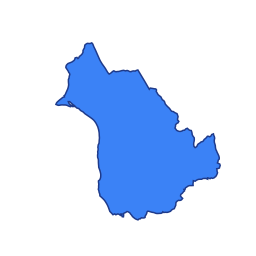 outline of São Francisco de Itabapoana, Rio de Janeiro, Brazil, rotated 143°
{"feature_id": "56859067B40188344315661", "entity_name": "São Francisco de Itabapoana", "entity_type": "district", "adm_level": 2, "iso_a3": "BRA", "parent_name": "Brazil", "parent_adm1": "Rio de Janeiro", "projection": "mercator", "projection_center": [-41.135, -21.454], "detail": "fine", "context": "isolated", "style": "filled", "palette": "blue", "viewbox_px": 256, "rotation_deg": 143, "n_neighbors": 0, "source": "geoboundaries", "source_scale": "gbopen_adm2", "svg_char_len": 4559}
<svg xmlns="http://www.w3.org/2000/svg" viewBox="0 0 256 256"><g transform="rotate(143 128 128)"><path d="M76.4,43.9L76.9,44.9L77.6,46.3L76.3,47.1L75.3,48.0L73.8,48.3L72.8,49.7L72.2,51.3L71.8,53.1L71.5,54.8L71.1,56.2L70.7,58.2L69.9,59.8L68.8,61.5L68.2,63.1L67.6,64.7L66.4,66.4L64.9,67.7L64.2,69.2L63.9,70.7L63.3,71.9L65.1,72.4L66.7,71.7L68.0,71.8L68.7,72.9L69.6,73.6L71.0,73.2L72.3,73.0L74.1,73.0L75.4,72.4L76.5,72.3L78.1,72.9L79.9,72.8L81.4,73.0L82.6,72.7L84.2,71.8L86.2,71.9L86.4,73.6L85.3,75.6L84.1,76.9L83.2,77.6L82.3,78.5L81.6,79.4L81.0,80.4L81.0,82.5L80.7,84.1L80.1,85.1L79.5,86.3L79.0,87.9L80.2,89.2L80.6,90.9L80.8,92.1L82.4,92.5L84.2,92.2L85.4,93.0L87.0,93.2L88.3,93.8L89.2,94.5L89.9,95.6L90.6,96.9L90.5,98.2L90.5,99.7L89.2,100.6L88.0,102.0L86.2,102.3L85.0,102.0L83.4,102.7L83.6,104.6L82.6,105.8L81.2,106.9L80.6,108.6L80.2,110.0L80.8,111.0L81.5,112.4L81.8,113.7L83.0,115.0L83.2,116.1L83.1,117.3L83.1,118.5L83.2,119.6L83.5,121.1L83.7,123.0L83.8,124.7L83.4,125.9L83.0,127.0L83.0,128.6L83.6,129.8L83.3,131.5L83.0,133.2L83.5,134.8L83.9,136.6L83.6,138.5L83.5,140.1L82.3,141.3L82.3,142.5L83.3,143.4L84.1,144.3L86.2,146.5L87.7,146.1L86.6,155.0L85.2,168.4L86.8,169.0L88.0,169.1L89.0,170.1L90.4,170.9L91.8,171.2L92.8,172.2L93.3,173.4L94.1,174.5L95.6,175.1L96.8,176.7L98.5,177.6L100.1,178.2L101.5,178.8L102.5,179.5L103.5,180.0L104.3,180.8L104.9,182.2L106.2,182.4L107.5,182.3L108.9,182.2L110.6,182.4L110.8,184.5L110.6,186.1L110.5,187.3L110.3,188.7L110.2,190.3L110.1,194.7L109.8,197.7L109.5,199.6L107.0,210.2L106.4,213.4L105.6,216.2L105.7,217.8L107.5,218.3L109.6,220.1L111.1,220.3L112.5,220.2L113.4,219.4L114.7,218.1L116.1,217.6L117.4,216.9L118.4,215.5L120.2,214.7L122.1,214.4L123.8,214.4L125.0,213.7L126.2,213.6L126.3,215.1L128.0,215.8L129.5,214.7L130.6,214.4L133.2,214.5L135.0,215.0L137.1,215.6L139.2,215.3L140.3,214.7L141.3,213.6L141.4,211.6L141.5,209.6L141.9,208.0L141.8,206.9L142.3,205.7L143.2,205.1L144.2,204.3L145.0,203.4L146.3,202.7L147.4,201.3L148.4,199.8L149.4,198.2L151.1,196.6L152.6,195.5L154.4,194.5L156.6,193.3L158.3,192.3L159.6,192.3L160.0,191.1L161.7,191.7L163.5,191.6L165.2,191.6L167.0,191.5L169.0,191.3L170.1,191.0L171.4,190.2L170.1,188.1L169.0,187.4L167.8,186.8L166.7,186.1L165.4,185.0L164.2,184.1L163.2,183.0L162.1,181.0L161.3,179.8L160.0,180.7L160.4,182.6L160.2,183.8L159.8,185.0L158.7,184.2L158.5,183.1L157.8,179.6L157.3,178.1L157.1,176.2L156.9,174.9L155.6,173.1L155.5,171.7L155.2,170.1L154.2,167.9L153.8,165.3L152.0,160.0L151.2,157.4L150.8,155.7L150.6,154.5L150.6,153.2L150.6,151.8L150.8,150.3L151.1,148.8L151.4,147.2L151.9,145.9L152.4,144.6L153.1,143.1L154.0,141.4L154.9,140.1L155.8,138.8L156.4,137.8L157.1,136.9L158.3,135.6L159.4,134.3L160.4,133.2L161.9,132.5L162.8,131.6L163.7,130.7L164.4,129.3L165.5,128.1L166.5,127.3L167.4,125.8L168.6,124.7L170.0,122.7L170.4,121.2L171.1,120.0L172.3,118.4L173.3,116.9L174.1,115.6L175.0,114.3L175.6,112.4L176.1,110.8L176.8,109.1L177.4,107.8L178.0,106.9L178.8,105.9L179.6,105.0L180.7,104.2L181.9,103.6L183.3,103.6L184.0,102.8L184.7,101.5L185.4,100.4L186.3,99.5L187.3,98.1L188.6,96.9L189.1,95.3L189.8,94.0L190.1,92.9L190.5,91.9L191.3,90.7L190.9,88.7L190.6,87.0L190.4,85.5L190.3,84.1L190.4,82.3L190.6,80.3L190.9,78.5L191.3,76.8L191.8,75.2L192.2,73.9L192.7,72.3L192.5,70.7L192.3,69.0L192.2,67.8L190.3,67.4L189.9,66.0L188.2,65.7L187.1,64.6L186.7,63.0L185.6,63.7L184.6,62.9L185.7,62.1L186.0,60.6L185.1,59.8L184.3,60.6L183.6,61.5L182.9,62.4L181.9,62.3L180.7,61.9L179.3,62.0L178.5,61.3L177.9,60.0L177.6,58.9L177.7,57.8L177.6,56.3L177.7,54.6L177.4,53.1L176.8,51.0L176.1,49.8L175.3,48.6L173.7,48.7L172.7,48.0L171.4,48.3L170.3,47.2L169.2,46.5L168.2,46.3L167.5,47.2L166.2,47.7L164.5,48.5L163.6,49.4L162.5,49.7L161.6,49.1L160.5,47.5L159.4,46.1L158.3,45.0L156.9,42.8L155.7,41.8L154.0,40.7L153.0,40.0L151.7,39.7L150.6,40.1L150.3,39.0L149.0,38.3L147.5,37.0L146.0,36.4L144.1,35.9L142.6,36.3L140.8,36.1L139.6,35.7L138.1,36.6L136.4,37.5L135.3,38.8L134.4,39.7L132.9,40.0L131.3,39.9L130.4,39.1L129.3,38.5L128.1,38.5L126.7,38.9L127.0,40.6L127.0,42.1L125.8,43.2L123.9,43.2L122.0,43.7L120.6,43.8L120.3,45.3L119.3,44.7L118.2,45.6L116.3,45.5L114.6,45.4L113.4,44.9L112.0,43.8L110.6,42.9L109.7,44.3L108.6,45.4L107.5,46.6L106.4,45.1L104.8,45.1L102.9,44.7L101.4,43.8L100.0,42.7L98.7,42.6L97.7,42.0L96.3,41.0L95.2,39.2L94.5,40.3L93.7,39.4L92.9,38.1L91.6,38.1L90.9,37.0L89.4,36.4L88.4,36.5L87.2,36.4L85.7,37.0L84.6,37.6L83.4,38.4L83.0,39.7L82.2,40.9L81.6,42.1L80.4,41.4L79.1,41.0L78.1,41.8L77.0,42.5L76.4,43.9ZM160.0,180.7L159.8,178.8L158.4,177.8L159.0,179.6L160.0,180.7Z" fill="#3b82f6" stroke="#1e3a8a" stroke-width="1.5"/></g></svg>